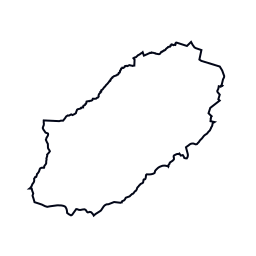 outline of Hasmas, Arad, Romania, rotated 192°
{"feature_id": "2599482B66342132311971", "entity_name": "Hasmas", "entity_type": "district", "adm_level": 2, "iso_a3": "ROU", "parent_name": "Romania", "parent_adm1": "Arad", "projection": "albers", "projection_center": [22.1, 46.547], "detail": "fine", "context": "isolated", "style": "outline", "palette": "ink", "viewbox_px": 256, "rotation_deg": 192, "n_neighbors": 0, "source": "geoboundaries", "source_scale": "gbopen_adm2", "svg_char_len": 5844}
<svg xmlns="http://www.w3.org/2000/svg" viewBox="0 0 256 256"><g transform="rotate(192 128 128)"><path d="M212.0,117.9L212.0,117.6L211.8,117.1L211.7,116.4L211.5,115.5L211.2,114.9L211.1,114.2L211.0,113.3L211.2,112.3L211.3,111.3L211.4,110.6L211.3,110.1L210.5,109.0L209.9,108.4L209.0,107.6L208.3,106.9L207.8,106.4L206.9,106.2L206.3,106.2L205.1,105.9L204.8,105.1L204.8,104.2L204.9,103.5L205.7,101.4L205.7,100.3L205.9,99.4L205.7,99.1L205.1,98.3L204.4,97.3L203.7,96.5L203.1,95.8L202.7,94.2L202.3,92.5L201.8,91.3L200.1,89.7L199.6,89.0L200.1,87.7L201.6,85.1L201.4,84.6L201.2,83.9L201.3,83.2L201.4,82.0L201.5,81.3L201.2,80.7L201.1,80.2L201.1,79.5L201.1,78.6L200.9,77.5L200.7,76.6L200.9,75.6L201.6,74.1L202.0,73.1L201.8,71.9L201.9,71.6L202.6,71.5L203.2,71.4L204.4,71.1L205.5,70.2L205.8,69.3L205.9,67.7L206.2,66.4L206.9,64.8L207.4,64.2L207.4,63.2L207.5,62.1L207.6,61.1L208.2,60.9L208.7,60.6L208.9,59.7L209.3,58.8L209.0,57.9L208.8,56.9L208.8,56.0L209.0,55.1L209.4,54.2L209.9,53.1L210.2,51.1L211.1,49.0L211.7,48.3L209.6,48.7L208.6,46.6L207.1,44.3L207.3,41.9L205.9,39.6L204.0,36.0L200.8,35.7L196.4,35.2L192.9,34.3L190.6,34.1L188.0,35.2L185.2,36.2L181.0,37.7L177.0,38.4L174.8,38.4L173.4,38.1L172.8,37.8L171.5,36.3L170.9,35.2L170.4,34.0L169.9,32.3L167.8,31.3L165.6,30.7L164.6,31.5L163.2,34.7L161.8,37.9L160.7,38.0L159.0,37.7L157.3,38.0L155.8,38.7L153.8,39.4L152.6,39.2L152.2,38.9L151.7,38.5L150.8,37.5L149.8,37.1L148.6,37.6L148.0,38.0L147.4,38.0L146.4,37.9L146.0,37.6L144.1,36.2L143.3,35.2L141.9,37.1L138.3,40.6L137.3,41.7L135.5,46.2L134.7,47.5L133.2,48.8L131.2,49.4L126.2,52.7L119.8,53.3L119.0,54.0L118.7,53.1L118.5,55.2L116.9,56.3L116.2,57.4L115.7,59.3L114.0,60.4L113.1,60.9L112.1,61.6L111.5,62.7L110.8,63.5L110.4,64.2L109.3,64.9L108.7,66.1L108.1,67.5L107.4,68.0L106.7,69.6L106.6,71.1L106.2,72.2L105.6,72.9L105.3,73.9L104.6,74.8L104.1,75.8L102.2,77.3L101.9,78.0L102.0,80.6L101.8,81.0L101.0,81.2L100.5,81.7L100.3,83.0L100.5,84.9L100.5,86.0L100.0,86.6L98.5,86.8L96.5,87.3L95.2,87.8L93.7,88.6L92.7,89.5L92.6,90.3L92.5,91.9L91.6,93.4L90.3,95.3L89.1,96.5L87.0,97.9L86.0,98.4L84.0,98.9L80.8,98.9L80.5,98.6L80.4,99.0L80.7,100.2L80.3,101.1L79.9,101.7L80.0,102.3L79.7,103.1L77.6,105.2L76.6,106.8L76.8,108.2L77.2,108.9L77.5,109.9L77.2,110.8L75.2,112.4L74.2,112.9L73.1,113.0L72.5,113.7L70.6,112.0L68.8,112.9L67.5,111.6L66.7,110.4L65.6,110.3L64.2,110.5L63.7,112.1L63.7,113.5L64.0,114.7L67.3,121.2L66.9,121.7L64.8,124.0L64.4,124.6L63.4,125.5L62.2,126.1L60.8,126.4L59.2,126.2L58.3,126.1L57.2,126.6L56.5,127.9L55.8,128.9L55.5,129.7L55.0,130.9L54.3,132.0L53.6,133.0L53.0,134.2L52.4,135.5L51.9,136.4L50.8,137.7L50.0,138.4L49.3,139.3L49.0,140.1L48.4,141.2L47.4,142.7L47.1,144.1L46.8,144.9L46.8,145.8L46.3,146.9L46.1,148.2L46.2,149.3L46.1,150.2L45.7,150.9L44.9,151.5L44.6,151.8L48.7,151.8L48.8,152.4L48.7,153.0L49.1,154.2L48.9,154.8L49.0,155.6L49.1,155.9L48.6,156.9L50.5,158.0L52.3,159.2L51.7,164.8L44.0,173.9L45.6,174.9L45.2,179.7L46.5,180.7L47.8,181.7L48.4,182.7L47.8,185.3L47.9,187.7L46.0,187.6L45.9,188.5L44.6,188.7L44.4,189.0L45.1,189.2L45.4,189.2L45.3,190.8L45.2,193.8L45.2,195.2L44.6,197.5L44.7,198.8L47.8,203.8L51.0,207.2L70.2,208.9L72.4,209.8L72.4,219.5L78.3,220.2L79.8,220.7L82.2,222.9L84.2,225.3L87.4,220.5L98.0,221.6L98.4,221.6L98.7,221.5L98.9,221.2L99.0,221.0L99.1,220.8L99.2,220.6L99.1,220.4L99.0,220.2L99.2,219.8L99.2,219.7L98.9,219.6L98.9,219.4L98.9,219.2L99.0,219.0L99.7,219.0L100.0,218.9L100.6,218.7L100.8,218.5L101.3,218.7L101.7,218.6L102.0,218.8L102.2,218.7L102.4,218.8L102.6,218.8L102.6,218.5L103.1,218.4L103.3,217.8L103.3,217.5L103.6,217.4L103.5,216.9L103.6,216.7L103.8,216.3L104.0,216.3L104.5,216.1L105.3,215.7L105.7,215.5L105.8,215.0L106.6,214.2L106.9,213.8L107.4,213.1L107.5,212.6L107.7,212.2L108.2,211.7L108.9,211.5L109.1,210.9L109.5,210.8L110.1,210.3L110.2,209.8L110.4,209.7L110.7,209.5L111.2,209.5L111.4,209.2L111.7,208.3L112.0,207.5L112.7,206.8L113.5,206.6L116.6,206.5L117.0,206.8L117.5,206.7L118.3,206.8L118.9,206.8L119.5,206.7L120.6,206.8L120.8,206.3L121.3,206.1L122.0,206.2L122.3,205.8L123.3,205.2L124.4,204.3L125.0,203.9L125.7,203.4L126.6,202.7L127.5,202.1L129.4,205.2L129.8,204.6L130.0,204.3L130.3,204.0L130.5,204.0L130.7,203.8L131.0,203.5L132.0,202.3L132.5,201.9L133.0,201.6L133.3,201.3L133.6,200.9L133.8,200.5L134.6,199.5L134.8,199.1L135.4,198.6L135.9,198.5L136.5,198.1L137.2,197.4L135.8,196.2L134.8,190.4L135.4,190.3L136.2,189.7L136.6,189.8L138.1,189.7L139.2,189.8L139.6,189.8L140.7,189.1L141.1,188.6L141.7,188.3L142.3,188.5L142.7,188.4L143.1,188.2L143.7,188.0L144.0,187.6L144.0,186.9L144.5,186.4L145.0,185.8L145.3,185.7L146.1,185.8L146.2,185.3L146.5,185.1L147.0,184.8L147.1,184.4L147.0,183.6L147.2,183.3L147.4,183.0L147.7,182.5L147.5,181.7L147.7,181.0L147.6,180.6L147.8,180.4L148.5,180.0L148.5,179.9L148.4,179.3L148.7,178.6L148.9,178.2L149.5,178.1L149.7,177.8L150.1,177.1L150.8,176.8L151.5,176.3L152.7,175.6L152.9,175.2L153.3,174.9L153.9,174.2L153.8,173.8L154.4,173.3L154.6,172.7L155.0,172.2L154.9,171.6L155.0,171.3L155.6,170.8L155.7,170.6L155.4,170.2L155.6,170.0L156.0,169.6L156.3,169.0L156.8,168.0L157.3,167.0L158.4,165.4L158.6,164.9L158.8,164.4L159.1,163.7L159.4,163.5L159.9,162.6L160.7,160.8L161.0,160.3L161.5,159.8L161.9,159.5L161.8,158.9L162.0,158.7L161.8,158.1L162.5,157.7L162.2,157.0L162.7,156.4L163.3,155.4L163.6,153.9L163.2,152.7L163.8,151.5L164.6,151.1L165.3,150.1L166.8,149.6L167.5,149.5L168.5,149.3L168.6,148.7L168.7,147.8L169.9,146.9L170.8,146.7L171.3,146.2L172.2,146.1L173.0,145.7L174.0,145.3L174.1,144.4L174.0,143.9L174.1,143.0L174.7,142.6L174.8,141.7L175.4,141.1L176.2,140.6L176.4,139.6L176.2,138.8L177.4,138.5L177.8,137.9L178.2,137.9L178.3,137.3L179.4,136.7L180.2,136.3L181.2,135.8L181.6,135.3L182.0,133.0L182.0,131.8L182.9,130.8L184.1,129.8L185.0,129.1L186.4,129.5L188.4,127.8L189.5,127.8L190.9,126.4L191.6,124.5L193.0,121.7L195.2,121.2L196.7,120.4L212.0,117.9Z" fill="none" stroke="#020617" stroke-width="2"/></g></svg>